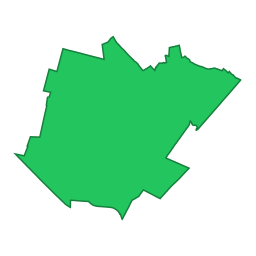 Dobrosloveni, Olt, Romania (orthographic projection)
{"feature_id": "2599482B22275602888784", "entity_name": "Dobrosloveni", "entity_type": "district", "adm_level": 2, "iso_a3": "ROU", "parent_name": "Romania", "parent_adm1": "Olt", "projection": "orthographic", "projection_center": [24.382, 44.168], "detail": "fine", "context": "isolated", "style": "filled", "palette": "green", "viewbox_px": 256, "rotation_deg": 0, "n_neighbors": 0, "source": "geoboundaries", "source_scale": "gbopen_adm2", "svg_char_len": 5491}
<svg xmlns="http://www.w3.org/2000/svg" viewBox="0 0 256 256"><path d="M160.2,198.6L160.7,197.9L167.0,191.0L167.2,190.9L168.3,189.4L171.2,186.4L171.9,185.6L173.9,183.8L179.8,178.1L181.5,176.2L187.2,170.1L188.4,168.9L189.1,168.2L170.2,159.9L166.7,158.4L166.4,158.2L165.9,157.8L167.0,156.2L167.2,155.6L167.6,154.9L167.8,154.7L168.0,154.6L168.7,153.7L169.0,153.3L169.4,152.6L169.6,152.4L170.1,151.8L170.7,151.0L171.7,149.5L171.9,149.1L172.0,148.9L172.2,148.4L172.3,148.3L172.4,148.2L172.7,148.0L172.8,148.0L172.9,147.8L173.0,147.6L173.6,146.7L173.7,146.4L173.8,146.2L174.2,145.7L174.4,145.4L174.7,145.0L175.6,143.8L175.8,143.6L176.0,143.4L176.3,142.9L177.4,141.4L177.6,141.2L178.2,140.1L179.9,138.0L180.3,137.4L181.8,135.2L183.1,133.5L183.9,132.3L185.4,130.2L185.8,129.7L187.1,127.9L187.7,127.1L188.0,126.7L188.5,125.9L188.7,125.6L189.0,125.2L189.3,124.7L189.4,124.3L189.6,123.7L189.7,123.3L189.8,122.8L190.0,121.7L190.1,121.1L190.9,121.7L191.2,122.0L191.3,122.3L191.5,122.6L191.7,123.1L192.2,124.4L192.4,124.8L192.7,125.0L193.1,125.1L193.9,125.3L194.2,125.3L194.7,125.2L195.0,125.2L195.5,125.2L196.0,125.5L196.3,125.7L196.5,125.9L196.7,126.2L197.0,126.8L197.3,127.4L197.4,127.6L197.2,128.0L196.8,128.3L196.6,128.6L196.4,128.9L196.3,129.2L196.2,129.5L196.1,129.9L196.2,130.2L196.4,130.2L196.7,130.0L196.9,129.9L197.5,129.4L197.8,129.2L198.0,129.0L198.3,128.8L198.9,128.1L201.9,124.6L202.8,123.6L206.9,118.9L208.8,116.7L214.2,110.5L216.0,108.5L217.3,107.0L219.1,104.9L221.2,102.5L222.6,100.8L230.1,92.3L233.9,87.9L237.0,84.3L238.5,82.5L239.2,81.7L240.6,80.1L240.6,79.9L240.3,79.7L239.8,79.6L239.3,79.2L238.9,79.1L238.4,78.8L238.1,78.8L237.9,78.6L237.6,78.4L236.9,78.1L236.6,78.1L236.3,78.3L236.0,78.1L235.1,77.2L233.6,75.5L233.1,74.9L232.4,74.7L231.9,74.3L231.2,73.7L230.6,73.0L229.3,71.5L228.2,72.8L227.3,72.0L226.9,71.7L226.6,71.4L226.1,70.9L225.9,70.6L224.9,69.8L224.2,69.4L223.6,68.7L222.5,69.9L222.1,70.7L219.4,69.8L219.0,69.6L218.5,69.4L217.7,69.1L215.5,68.4L215.1,68.2L214.6,68.1L214.4,68.1L214.2,68.1L213.6,68.3L213.3,68.3L212.9,68.4L212.2,68.5L211.7,68.7L211.3,68.8L209.8,68.9L208.8,69.0L208.2,69.0L207.4,68.9L206.1,68.5L205.2,68.2L203.0,67.1L202.0,66.8L200.9,66.5L199.1,66.0L198.4,65.7L197.4,65.3L196.0,64.7L195.0,64.3L194.2,63.9L193.5,63.4L193.0,63.1L191.7,62.4L190.2,61.8L190.1,61.7L190.0,61.4L189.7,60.5L189.8,60.2L188.3,58.8L187.4,58.4L186.5,57.8L185.6,56.6L185.4,56.4L185.2,56.2L184.8,56.3L184.6,56.3L184.4,56.6L184.3,56.8L184.0,57.0L183.7,57.1L183.4,57.2L182.4,57.6L181.8,57.7L181.6,56.9L181.3,55.2L180.3,51.1L180.0,49.0L179.2,45.3L177.4,45.8L175.1,46.3L173.5,46.8L172.4,46.9L172.2,46.9L171.6,47.1L171.0,47.3L170.5,47.3L169.8,47.6L169.4,47.6L169.2,51.0L169.0,54.0L168.8,56.4L168.4,56.2L168.1,56.1L167.9,56.0L167.5,55.9L167.3,55.8L167.0,55.5L166.7,55.5L166.4,55.4L165.6,55.4L165.4,55.4L165.3,55.5L165.3,55.8L165.3,56.1L165.4,56.5L165.6,57.1L165.8,58.1L166.0,59.1L166.1,60.0L166.1,60.6L166.3,61.4L166.4,61.8L166.5,62.2L166.5,62.5L166.1,62.6L165.3,62.8L164.7,63.0L164.4,63.0L164.2,62.7L163.8,62.6L163.5,62.6L163.3,62.6L163.2,62.7L162.9,63.0L162.5,63.3L162.3,63.3L162.1,63.1L161.8,63.1L161.2,63.2L160.7,63.2L160.2,63.0L159.9,63.0L159.7,63.0L159.3,63.1L159.1,63.3L158.9,63.5L158.7,63.7L158.3,64.5L158.1,64.7L157.9,64.9L157.7,65.1L157.4,65.2L157.1,65.7L157.1,66.0L156.9,66.4L156.6,66.7L156.5,66.9L156.3,67.0L156.3,66.7L156.1,66.8L155.7,67.4L155.7,67.5L155.7,67.9L155.7,68.1L155.5,68.3L155.1,68.8L155.0,69.0L154.9,69.3L154.9,69.5L155.0,69.7L155.1,69.8L155.0,70.3L154.8,70.5L154.4,70.0L153.3,69.0L152.9,68.6L151.9,67.5L150.7,66.2L150.5,65.9L149.7,66.5L149.2,66.9L147.8,67.8L147.0,68.3L145.3,69.3L144.8,69.6L144.3,69.9L143.7,70.3L143.3,70.5L143.0,70.5L142.8,70.4L142.7,70.3L142.5,70.2L142.2,69.7L141.9,69.3L141.5,68.9L141.4,68.8L141.0,68.5L140.7,67.8L140.2,67.2L139.5,66.5L139.0,65.8L138.6,65.1L138.2,64.4L137.9,64.0L137.3,63.4L136.4,62.5L135.3,61.7L133.8,60.8L133.7,60.7L133.8,60.4L133.6,60.1L129.3,56.0L127.4,54.0L125.7,52.1L124.8,51.1L124.1,50.3L122.9,49.2L120.7,47.0L119.4,45.5L117.9,43.9L117.2,43.2L116.7,42.7L116.1,41.8L115.2,40.2L114.5,39.1L113.2,36.7L112.3,37.3L111.2,38.1L110.7,38.6L110.2,39.1L108.1,42.0L106.6,42.7L104.4,43.6L102.4,44.5L102.2,44.5L104.1,59.4L87.7,55.2L80.7,53.3L70.4,50.7L70.0,50.7L63.0,48.7L61.1,55.8L56.9,71.5L49.2,69.2L44.3,87.8L43.5,90.8L50.7,92.3L49.6,95.6L49.3,96.7L48.6,97.1L48.4,97.2L47.5,97.3L46.3,105.3L46.8,105.6L44.4,116.1L42.0,127.1L39.8,137.1L30.4,136.8L30.2,137.5L27.2,146.1L27.9,146.3L26.7,149.3L24.2,155.8L15.4,154.0L17.2,155.9L18.1,156.9L24.6,163.5L25.9,164.9L26.9,166.0L28.2,167.2L29.6,168.6L31.9,171.0L34.3,173.4L36.5,175.6L38.0,177.2L38.8,178.0L40.1,179.4L43.3,182.6L45.8,185.0L46.8,186.1L48.8,188.0L49.5,188.7L55.8,195.0L58.8,197.8L60.7,199.7L62.0,200.9L65.4,204.2L65.9,204.6L68.2,206.1L70.3,207.4L70.4,207.1L70.4,205.3L70.5,200.4L70.7,200.2L79.7,200.9L88.7,201.5L89.3,202.2L90.6,203.5L91.3,204.0L91.8,204.4L92.5,204.8L93.2,205.2L94.0,205.5L95.4,205.9L97.4,206.3L108.0,207.1L110.8,207.4L111.3,207.5L112.3,207.7L113.4,208.0L113.8,208.2L114.2,208.4L115.2,209.0L115.9,209.5L116.7,210.0L117.5,210.7L118.2,211.4L118.6,212.0L119.2,212.8L119.7,213.7L119.9,214.2L120.3,214.0L120.6,214.8L122.1,219.2L122.2,219.3L122.3,219.2L124.0,215.8L125.1,213.8L127.3,209.5L128.4,207.6L129.2,205.9L129.9,204.4L130.9,202.5L131.9,200.6L132.0,200.3L132.2,200.2L133.2,199.7L138.1,196.8L138.4,196.6L138.6,196.6L139.4,195.5L139.7,194.9L142.7,190.9L143.4,189.9L148.5,192.6L153.4,195.1L156.1,196.6L160.2,198.6Z" fill="#22c55e" stroke="#15803d" stroke-width="1.5"/></svg>